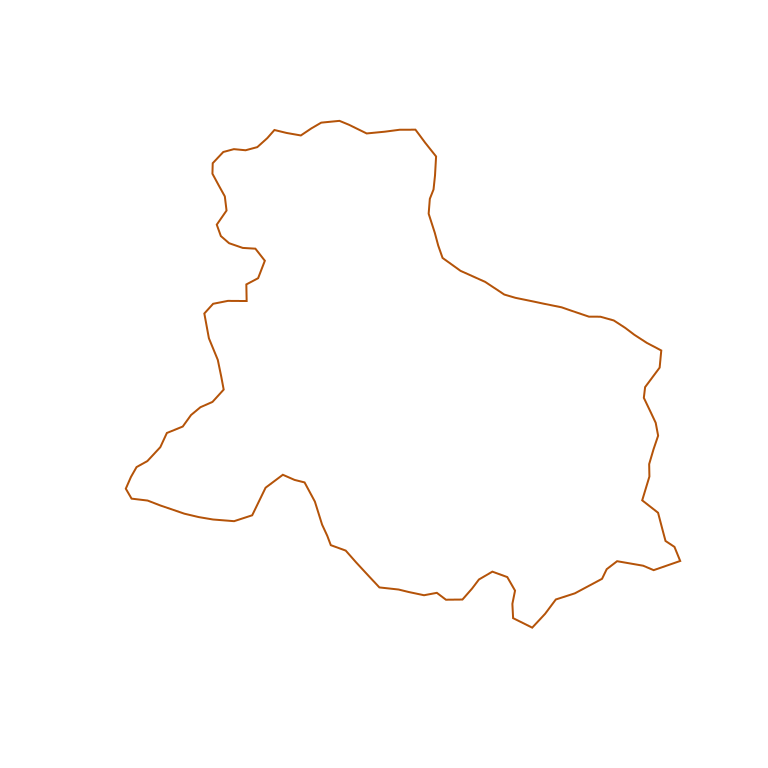 Komi Kepir, Cyprus (Albers equal-area conic projection), rotated 165°
{"feature_id": "46923920B77535309338235", "entity_name": "Komi Kepir", "entity_type": "district", "adm_level": 2, "iso_a3": "CYP", "parent_name": "Cyprus", "parent_adm1": "", "projection": "albers", "projection_center": [33.993, 35.411], "detail": "fine", "context": "isolated", "style": "outline", "palette": "amber", "viewbox_px": 768, "rotation_deg": 165, "n_neighbors": 0, "source": "geoboundaries", "source_scale": "gbopen_adm2", "svg_char_len": 1726}
<svg xmlns="http://www.w3.org/2000/svg" viewBox="0 0 768 768"><g transform="rotate(165 384 384)"><path d="M107.5,344.6L119.5,355.7L129.5,366.8L136.5,375.8L145.6,385.9L157.6,393.0L168.6,396.0L183.6,406.0L192.6,412.1L208.7,420.1L218.7,425.2L234.7,433.2L244.7,439.3L259.8,456.4L280.8,473.5L294.8,490.6L295.8,503.7L295.8,516.8L296.8,536.9L291.8,551.0L285.8,559.1L280.8,572.1L274.8,590.3L281.8,606.4L285.7,616.3L287.8,621.5L302.8,625.5L317.9,627.5L335.9,630.5L350.9,643.6L358.9,649.7L377.0,652.7L388.0,649.7L400.0,645.6L413.1,651.7L424.1,657.7L433.1,651.7L445.1,645.6L457.2,645.6L468.2,649.7L479.2,649.7L492.3,641.6L495.3,631.5L492.2,618.5L489.2,606.4L491.2,592.3L504.3,581.2L503.3,569.1L497.2,560.1L485.2,552.0L473.2,548.0L467.2,533.9L478.2,518.8L491.2,515.8L495.2,499.7L513.3,504.7L528.3,505.7L539.3,498.6L541.3,473.5L538.3,450.3L539.3,433.2L540.3,420.1L554.3,411.1L567.3,409.1L578.4,404.0L589.4,395.0L606.4,392.9L616.4,380.9L632.5,370.8L644.5,367.8L652.5,359.7L660.5,349.7L657.5,338.6L642.5,332.6L631.4,324.5L610.4,310.4L597.4,303.4L584.3,297.4L564.3,290.3L545.3,291.3L525.2,314.5L505.2,322.5L495.2,314.5L486.2,309.5L481.2,288.3L480.2,264.2L478.1,252.1L477.1,242.1L464.1,233.0L457.1,218.9L448.1,201.8L441.1,188.7L423.1,181.7L414.0,176.7L400.0,169.6L387.0,168.6L380.0,159.6L364.0,155.5L351.9,163.6L342.9,170.6L327.9,174.7L314.9,165.6L310.9,150.5L316.9,138.4L319.9,124.4L303.9,110.3L287.9,120.3L273.8,131.4L253.8,132.4L223.8,139.4L216.8,147.5L204.7,152.5L180.7,141.4L171.7,134.4L143.7,136.4L145.6,151.5L152.7,159.5L152.7,170.6L152.6,188.7L164.7,204.8L151.6,225.9L148.6,238.0L140.6,251.1L132.6,263.1L131.6,276.2L133.6,287.3L136.6,303.4L132.6,313.4L113.5,328.5L107.5,344.6Z" fill="none" stroke="#b45309" stroke-width="2"/></g></svg>